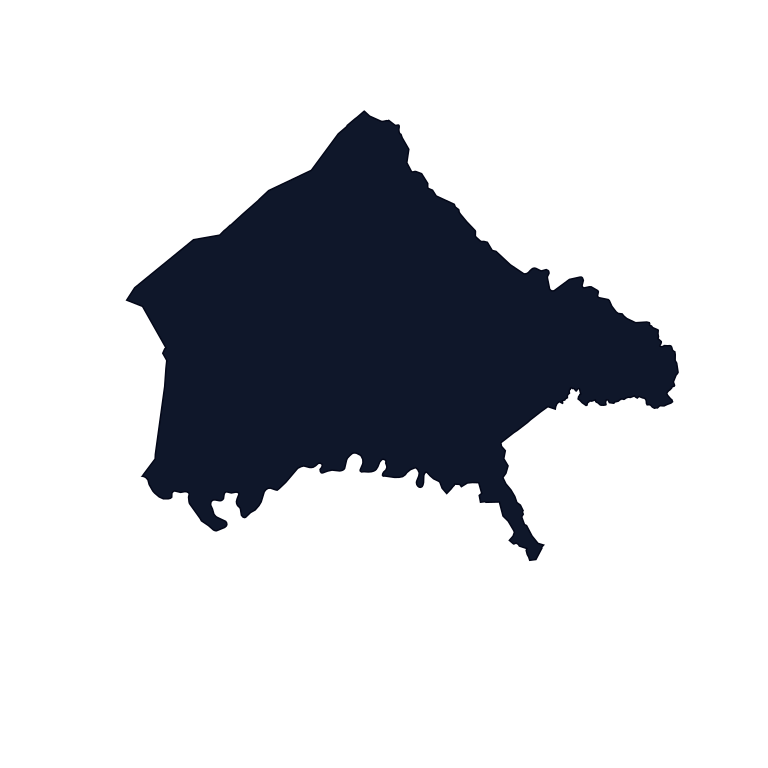 Vijciema pag., Valkas, Latvia (Mercator projection), rotated 231°
{"feature_id": "27541924B32036118272462", "entity_name": "Vijciema pag.", "entity_type": "district", "adm_level": 2, "iso_a3": "LVA", "parent_name": "Latvia", "parent_adm1": "Valkas", "projection": "mercator", "projection_center": [25.957, 57.603], "detail": "fine", "context": "isolated", "style": "filled", "palette": "ink", "viewbox_px": 768, "rotation_deg": 231, "n_neighbors": 0, "source": "geoboundaries", "source_scale": "gbopen_adm2", "svg_char_len": 6159}
<svg xmlns="http://www.w3.org/2000/svg" viewBox="0 0 768 768"><g transform="rotate(231 384 384)"><path d="M585.9,553.6L585.9,552.9L587.0,551.8L588.8,548.3L590.0,547.1L601.3,541.4L608.4,540.4L608.5,540.1L608.2,531.2L608.3,528.3L608.1,518.1L607.5,517.0L607.2,505.9L595.8,462.0L606.9,416.1L606.0,403.3L605.8,403.3L604.9,380.9L603.9,364.9L604.2,364.4L603.7,358.1L603.8,358.1L603.8,356.1L603.1,350.0L616.0,326.8L615.7,250.8L611.1,236.8L596.3,245.2L549.3,237.3L549.3,235.7L547.1,231.4L538.3,229.9L538.5,229.5L533.5,224.5L520.2,212.1L473.3,162.1L469.8,159.0L464.9,139.5L464.5,139.1L464.5,138.1L462.8,139.4L460.9,140.1L458.0,140.2L453.6,138.2L446.3,137.0L443.7,137.1L437.8,138.2L433.6,140.3L430.5,144.2L429.6,146.1L429.6,147.8L432.6,150.4L433.1,151.8L432.8,153.9L427.8,157.7L425.7,161.5L424.3,162.9L423.0,163.5L421.9,163.7L420.8,163.1L419.1,160.9L415.1,158.3L413.5,157.6L395.1,156.5L392.6,156.0L384.4,158.5L377.9,159.6L376.2,160.5L375.3,161.5L372.8,169.9L372.9,172.1L373.6,173.4L375.1,174.3L376.9,174.5L384.8,170.7L386.5,170.0L388.1,169.9L389.9,169.9L394.8,172.0L399.0,173.1L400.7,174.7L401.3,175.7L401.5,176.9L401.3,178.3L400.2,179.8L396.9,182.6L395.9,183.9L395.6,185.5L395.9,187.1L398.7,190.1L399.5,191.4L399.7,192.5L399.3,193.8L395.4,196.8L393.2,200.8L392.5,201.6L391.1,202.4L389.9,202.2L389.6,201.8L387.2,197.6L385.5,195.3L383.7,194.2L381.6,193.7L378.6,194.1L377.3,193.8L371.7,190.6L369.2,190.7L367.9,191.6L367.5,192.6L368.1,199.4L367.2,204.6L368.2,210.3L369.7,214.4L375.6,223.1L376.2,225.9L375.9,228.2L374.6,230.2L370.0,233.1L368.7,234.2L368.7,237.0L369.4,245.8L372.8,263.9L372.0,267.5L370.8,270.1L366.0,273.6L364.8,275.0L363.9,276.6L363.5,279.3L363.7,282.9L362.7,284.6L360.9,285.3L359.9,285.0L359.0,284.1L358.3,282.6L357.9,280.6L356.1,279.5L354.4,279.4L353.5,280.4L351.8,285.4L349.8,289.4L344.3,294.9L343.4,296.6L343.0,297.8L342.9,299.1L343.2,300.3L348.5,307.1L349.4,308.9L349.9,312.3L350.0,315.1L349.8,316.3L349.2,317.4L347.7,319.0L343.4,320.9L342.2,320.9L338.8,320.1L336.3,318.3L335.2,317.0L332.3,311.5L331.5,310.8L329.9,311.1L328.5,313.2L325.4,316.6L323.7,319.1L322.8,321.3L322.5,322.9L322.6,324.3L323.6,327.2L326.1,331.6L326.6,334.7L326.1,336.0L324.5,337.0L323.4,337.2L321.8,336.2L321.6,335.6L318.7,334.6L317.3,333.7L316.0,331.4L315.8,328.3L315.1,326.6L314.1,325.4L312.9,325.4L312.0,326.7L304.8,333.4L302.0,337.0L300.3,340.2L300.1,343.5L300.8,346.0L300.8,350.7L299.2,355.9L296.4,356.4L293.1,355.6L292.3,355.0L290.6,353.1L287.9,348.2L286.9,347.1L285.2,346.2L283.5,346.0L281.7,346.4L280.6,347.5L280.3,349.1L281.0,350.7L282.5,352.7L287.7,357.2L288.7,358.7L289.3,360.8L289.1,361.2L288.2,361.8L283.5,362.1L279.1,362.9L273.8,365.4L272.5,365.6L266.5,363.6L259.4,363.8L260.2,370.0L260.9,373.0L261.1,374.9L261.8,375.8L258.3,379.7L255.5,379.5L254.6,386.5L251.8,390.7L247.7,395.5L237.5,391.1L237.5,387.9L231.4,384.6L229.1,388.3L227.9,388.8L219.7,399.4L206.5,393.4L199.3,394.2L188.5,392.6L186.7,392.0L184.6,388.6L183.6,383.0L178.2,384.0L177.8,384.6L177.3,386.6L174.7,387.5L172.9,387.2L166.2,391.5L165.1,389.7L164.4,389.4L161.3,388.0L158.4,387.5L155.3,386.3L152.0,391.6L157.1,403.5L157.9,403.5L158.4,406.7L163.2,403.4L172.7,403.4L184.3,405.7L186.4,404.7L194.1,407.4L195.2,410.3L197.6,411.1L198.0,412.4L204.0,413.8L208.3,412.7L214.3,414.9L221.7,416.0L229.7,415.9L236.5,417.5L237.9,422.6L242.3,428.9L250.6,430.1L255.8,436.3L261.6,436.1L264.8,437.8L264.5,454.2L264.1,458.4L263.8,471.7L264.0,475.1L263.8,487.8L263.3,497.1L256.7,501.3L258.4,503.2L259.9,506.1L260.0,509.1L256.7,510.5L256.8,511.0L258.3,511.5L258.7,512.0L257.8,514.5L258.3,515.7L257.9,517.9L259.6,519.2L260.1,520.7L260.1,522.3L262.0,523.5L262.6,524.3L262.6,525.4L263.5,526.4L263.4,527.2L262.0,527.5L260.6,529.0L258.3,528.7L257.6,529.0L257.6,529.5L258.3,531.3L257.9,532.6L257.4,532.9L252.4,530.6L252.3,530.3L252.6,529.6L252.0,528.6L251.8,527.4L250.2,525.4L247.8,526.0L244.8,526.2L240.2,527.5L239.8,528.3L241.2,530.3L241.4,530.9L241.1,531.7L241.5,533.0L239.9,534.7L238.8,537.9L238.5,538.2L237.2,537.5L236.3,537.6L234.7,538.4L231.9,538.8L231.0,539.3L229.3,541.3L228.2,543.2L228.3,543.6L230.5,544.8L231.7,546.8L231.5,547.4L230.4,548.0L227.7,547.4L224.5,550.4L224.4,550.8L224.8,551.9L223.2,555.3L223.3,557.6L222.9,558.3L223.1,559.2L221.1,560.7L220.9,561.2L220.8,563.2L220.1,565.4L218.5,567.0L217.1,571.2L215.8,571.2L213.7,572.0L213.9,574.0L213.6,574.5L210.5,576.2L208.7,577.7L206.2,577.4L203.7,575.7L202.2,575.4L201.0,577.1L199.8,577.9L197.2,578.0L195.0,578.9L194.2,580.5L193.3,581.5L193.6,584.6L190.7,587.9L189.9,591.2L188.6,595.0L188.6,597.1L190.6,597.8L192.1,597.4L196.7,597.3L198.6,597.8L199.0,598.2L199.4,599.7L199.6,600.9L199.5,602.4L199.8,604.9L200.5,606.4L199.8,607.7L199.7,608.3L200.1,609.0L203.5,610.2L207.1,616.6L207.4,618.5L208.0,619.9L216.0,624.6L219.1,625.1L223.5,628.8L226.0,630.3L227.3,629.7L228.9,629.6L231.6,630.8L233.1,630.9L234.0,630.2L235.2,628.5L237.4,626.1L237.6,625.8L237.4,624.9L238.7,622.7L239.7,622.3L240.5,622.9L241.0,624.5L241.8,625.7L242.5,626.2L246.8,625.5L248.0,627.1L250.7,628.6L253.0,630.8L253.6,631.0L258.8,628.3L260.7,628.4L262.6,627.4L263.8,628.5L264.7,628.8L266.8,627.2L273.3,618.1L282.1,613.9L285.8,613.2L288.6,613.2L291.5,610.4L294.0,609.8L301.0,610.0L307.0,611.6L308.5,611.4L315.8,605.4L317.0,605.1L318.0,605.3L320.7,608.6L322.0,608.9L329.1,606.2L330.3,604.8L332.8,599.9L334.2,599.3L335.8,599.8L339.1,604.2L341.6,605.0L342.7,604.8L343.7,603.7L348.6,593.9L349.4,575.0L349.9,574.0L351.1,572.7L353.4,572.4L363.1,577.5L364.5,578.4L366.1,581.8L366.7,582.3L368.1,583.0L369.0,582.9L370.8,582.1L372.7,577.8L373.3,577.1L378.3,574.8L379.4,573.9L380.1,572.6L380.3,571.5L380.2,569.2L379.8,566.6L379.9,564.8L380.8,562.9L381.7,562.0L397.2,557.2L416.6,554.5L419.5,552.3L420.1,552.2L429.1,553.5L431.9,551.4L433.4,549.4L434.4,548.9L440.1,548.0L441.5,548.1L445.0,551.1L445.8,551.4L458.1,550.4L468.0,550.3L470.1,550.5L472.4,551.8L476.7,550.8L479.4,551.7L497.3,542.9L504.1,543.7L508.3,541.4L509.8,542.1L512.3,544.2L523.8,545.6L529.2,542.4L529.9,541.5L530.7,539.6L532.0,539.1L541.6,541.0L550.8,551.0L563.9,553.1L567.3,554.3L568.8,553.8L570.8,554.6L572.3,555.6L574.3,557.7L575.5,558.4L576.3,558.1L577.3,556.3L578.1,555.4L585.9,553.6Z" fill="#0f172a" stroke="#020617" stroke-width="1.5"/></g></svg>